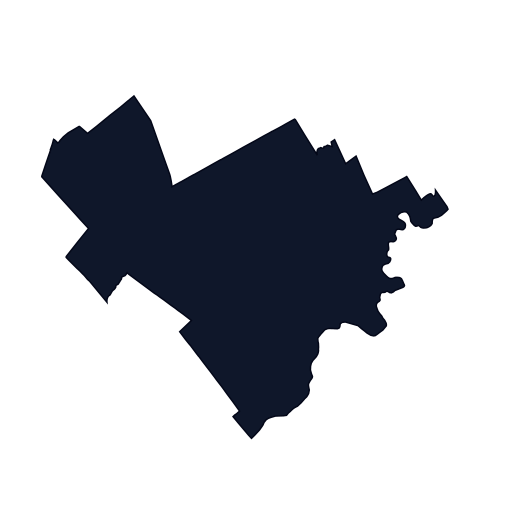 outline of Nucet, Dâmbovita, Romania, rotated 260°
{"feature_id": "2599482B97310589725824", "entity_name": "Nucet", "entity_type": "district", "adm_level": 2, "iso_a3": "ROU", "parent_name": "Romania", "parent_adm1": "Dâmbovita", "projection": "robinson", "projection_center": [25.548, 44.795], "detail": "fine", "context": "isolated", "style": "filled", "palette": "ink", "viewbox_px": 512, "rotation_deg": 260, "n_neighbors": 0, "source": "geoboundaries", "source_scale": "gbopen_adm2", "svg_char_len": 6050}
<svg xmlns="http://www.w3.org/2000/svg" viewBox="0 0 512 512"><g transform="rotate(260 256 256)"><path d="M256.5,434.3L257.4,435.1L259.6,435.6L261.2,436.2L262.3,437.2L262.5,439.5L262.6,441.9L263.9,445.8L265.7,448.8L267.5,451.7L268.7,453.2L269.3,453.1L271.3,452.7L282.5,447.5L289.7,444.2L287.6,443.9L285.0,443.0L283.9,441.7L283.9,441.2L284.3,440.7L285.8,439.9L286.6,439.4L287.0,438.8L287.0,438.0L286.8,437.1L286.5,436.1L286.1,435.1L285.4,433.6L284.8,432.5L284.3,431.5L282.3,428.5L284.4,427.7L292.4,424.6L294.1,423.9L297.6,422.5L300.5,421.3L303.0,420.3L307.1,418.6L307.4,418.5L307.7,418.4L308.1,418.2L307.2,415.8L304.6,407.7L300.9,396.3L297.7,386.3L296.8,381.5L316.6,376.4L337.0,371.9L331.3,360.3L356.9,353.6L355.2,349.8L350.5,350.1L351.4,348.2L352.7,345.6L351.9,343.7L351.9,342.0L350.6,341.4L350.6,340.1L351.5,338.6L351.1,337.3L351.0,336.1L349.8,334.9L347.2,333.8L344.5,333.9L365.8,325.3L383.5,318.4L384.1,317.7L382.7,313.6L382.2,312.2L380.8,308.1L379.2,303.7L377.9,299.8L376.6,295.8L376.1,294.3L376.0,293.6L374.9,290.6L373.2,285.4L371.5,280.5L369.9,276.0L367.6,269.1L365.3,262.3L363.2,256.4L360.8,249.5L357.9,240.9L357.0,238.5L356.9,237.8L354.8,231.7L351.2,221.5L348.8,214.6L348.2,212.9L347.9,211.9L347.4,210.6L347.1,209.7L346.7,208.2L346.1,206.5L345.1,203.5L344.8,203.0L344.7,202.5L344.6,202.3L344.5,201.9L344.2,201.1L343.9,200.4L343.8,199.9L343.5,199.1L343.3,198.6L343.1,198.0L342.8,197.1L342.2,195.5L341.8,194.0L341.6,193.4L341.4,192.9L340.7,190.9L340.5,190.1L339.8,188.2L339.2,186.4L339.1,186.0L338.8,185.3L339.3,185.4L344.7,185.5L349.2,185.4L351.3,185.2L356.1,184.4L363.1,183.2L378.0,180.7L400.4,177.0L407.5,175.8L408.2,175.5L428.7,166.3L433.0,164.4L434.8,163.6L434.2,162.6L430.8,156.5L425.8,147.8L420.1,137.0L411.2,121.2L406.0,111.4L414.2,104.7L414.3,104.2L409.9,92.4L406.8,87.0L404.0,83.4L403.6,82.9L402.7,82.2L402.2,81.2L401.7,80.2L403.0,79.6L404.3,78.6L405.5,77.7L405.8,77.2L406.0,77.0L405.3,76.6L404.6,76.2L404.0,76.0L402.3,75.2L400.7,74.4L399.5,73.7L397.7,72.7L396.5,72.0L396.3,72.2L393.8,70.9L390.6,69.1L382.4,64.6L372.0,59.0L371.2,58.8L350.4,71.7L328.4,85.6L322.9,89.0L312.5,95.7L312.2,95.9L300.3,82.3L288.4,69.0L287.6,68.8L284.6,70.8L274.9,77.6L274.6,77.8L274.0,78.3L271.9,79.9L268.6,82.1L267.1,83.2L265.8,84.0L264.6,84.7L262.8,85.7L262.0,86.2L261.5,86.6L261.0,87.0L260.4,87.5L260.2,87.7L260.0,87.8L236.3,101.2L237.5,101.3L239.5,101.9L241.1,102.8L242.3,103.9L242.8,105.2L243.6,106.0L245.2,107.3L246.6,108.5L247.3,109.7L248.1,111.0L248.6,111.6L249.2,111.9L249.7,112.5L250.8,112.7L251.4,113.0L251.7,113.8L252.1,115.1L252.4,115.6L253.0,116.1L253.8,116.7L254.3,117.3L255.7,118.4L256.2,119.1L256.8,119.5L257.6,119.8L258.4,120.1L258.8,120.7L259.0,121.7L259.3,123.0L259.4,123.5L259.9,124.2L260.5,124.9L261.2,125.4L261.9,126.1L261.6,126.2L261.1,126.7L260.3,127.4L260.2,127.5L253.0,134.3L241.8,144.9L237.1,149.3L234.8,151.8L232.0,154.4L228.9,157.5L222.3,163.7L218.8,167.2L215.7,170.0L211.5,174.1L206.0,179.1L204.0,181.0L203.8,181.1L203.7,181.2L194.7,167.7L194.3,167.9L194.1,168.0L186.0,172.1L180.2,175.3L179.5,175.8L179.3,175.9L169.6,180.8L169.1,181.1L167.9,181.7L168.0,181.8L167.8,181.9L163.4,184.1L162.2,184.7L161.4,185.1L161.2,185.2L158.7,186.5L155.2,188.3L149.5,191.3L146.7,192.7L144.2,194.0L141.3,195.4L136.7,197.8L133.7,199.4L129.2,201.6L128.7,201.8L127.1,202.6L125.0,203.6L116.7,207.8L106.1,212.9L105.9,212.6L105.3,211.5L104.0,209.5L103.7,208.8L103.1,207.4L101.8,205.5L94.9,209.4L80.8,217.6L77.2,219.9L79.9,223.8L84.2,229.4L86.0,231.2L87.3,232.5L88.5,233.6L90.7,235.0L93.0,237.6L94.0,240.0L94.5,242.8L94.8,245.5L95.0,247.3L94.4,251.8L93.9,255.3L93.8,258.4L95.6,260.4L96.3,261.5L97.0,262.8L97.9,264.0L99.2,266.1L99.9,267.6L100.5,269.4L100.9,270.8L102.3,272.9L103.5,274.8L105.1,276.8L106.2,278.2L107.0,279.1L107.7,280.2L108.6,281.5L109.8,282.6L111.4,283.9L114.8,285.2L117.6,285.1L120.0,285.2L121.4,285.8L122.7,286.8L124.1,288.0L125.7,289.7L126.7,290.4L127.7,290.7L129.1,290.4L130.7,290.1L134.3,289.8L138.0,290.6L140.8,291.8L143.3,293.9L145.2,296.4L146.4,297.9L148.7,299.8L149.9,300.4L151.7,301.1L153.4,301.3L155.4,301.8L159.2,302.3L160.6,302.2L162.2,302.3L164.1,302.5L165.5,303.6L166.8,305.2L167.9,306.4L169.4,308.4L171.4,310.9L172.0,313.4L172.0,315.3L171.1,319.7L170.8,320.8L170.2,323.7L170.7,325.5L171.9,326.3L174.6,327.2L175.7,329.4L175.5,332.5L169.7,344.4L166.1,347.3L163.4,349.8L160.9,351.9L158.0,355.3L156.9,358.0L156.9,359.7L158.0,362.0L159.0,363.9L160.2,366.3L161.0,368.0L162.8,370.1L164.6,372.2L165.9,372.5L167.2,372.5L170.4,371.5L172.8,370.1L175.1,369.4L177.8,367.8L180.4,366.6L183.0,366.1L185.7,365.7L187.8,366.3L189.1,367.5L190.1,369.7L191.1,370.6L193.8,370.6L196.9,371.9L197.9,372.9L198.2,374.2L197.9,375.6L197.9,376.9L198.3,377.4L198.5,378.4L198.4,379.3L197.7,380.3L196.8,381.2L196.2,382.9L196.8,385.1L197.9,386.8L199.6,395.2L200.1,396.3L200.5,396.7L201.1,397.1L202.1,397.0L203.0,396.7L206.1,396.0L208.3,395.3L209.2,394.5L209.9,393.4L210.5,391.2L210.7,390.0L210.7,389.1L210.4,387.9L210.2,386.7L210.3,385.1L210.8,383.6L211.9,382.3L213.4,381.1L216.9,378.7L219.3,377.6L221.3,377.5L223.7,378.5L224.9,379.7L225.6,382.0L225.8,384.8L227.0,386.7L228.6,387.8L229.8,388.2L230.3,388.1L230.7,388.0L231.3,387.4L231.8,386.1L232.5,385.4L233.6,385.0L234.7,385.0L235.7,385.2L237.5,385.9L238.4,386.8L239.0,387.6L239.9,387.9L241.4,388.1L243.4,388.2L245.0,388.4L246.3,388.9L246.8,389.8L246.8,391.4L246.2,393.5L246.3,394.6L247.0,396.1L248.3,397.1L249.3,397.3L250.2,397.1L251.7,396.8L253.0,396.3L254.3,396.7L255.5,397.5L256.9,398.3L257.6,399.2L257.7,400.8L257.4,402.2L256.7,403.7L256.4,405.2L256.6,405.9L257.2,406.8L257.9,407.6L258.6,408.0L260.2,408.5L261.5,408.6L262.8,408.2L263.9,407.4L264.7,406.6L266.0,405.1L267.3,403.4L268.7,402.3L270.5,402.1L271.6,402.7L272.6,404.2L273.6,406.3L273.8,408.3L273.8,410.0L273.1,412.0L270.7,413.5L268.3,414.3L266.5,414.5L264.8,414.5L263.3,414.5L261.7,415.2L260.1,416.2L258.6,417.2L257.6,418.3L257.5,419.6L257.7,420.4L257.8,421.1L257.6,421.7L257.2,422.1L255.7,423.2L255.0,424.3L254.5,425.6L254.2,428.3L254.3,429.8L254.9,431.7L255.7,433.4L256.5,434.3Z" fill="#0f172a" stroke="#020617" stroke-width="1.5"/></g></svg>